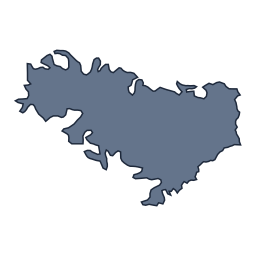 outline of Altamira do Paraná, Paraná, Brazil
{"feature_id": "56859067B67017349975974", "entity_name": "Altamira do Paraná", "entity_type": "district", "adm_level": 2, "iso_a3": "BRA", "parent_name": "Brazil", "parent_adm1": "Paraná", "projection": "albers", "projection_center": [-52.708, -24.824], "detail": "fine", "context": "isolated", "style": "filled", "palette": "slate", "viewbox_px": 256, "rotation_deg": 0, "n_neighbors": 0, "source": "geoboundaries", "source_scale": "gbopen_adm2", "svg_char_len": 4021}
<svg xmlns="http://www.w3.org/2000/svg" viewBox="0 0 256 256"><path d="M130.7,72.4L127.1,72.5L124.7,71.5L122.7,70.2L121.0,68.2L119.1,67.8L114.9,71.3L113.3,72.6L110.9,71.8L109.2,69.5L108.3,64.4L105.6,64.4L103.5,66.1L101.2,68.4L100.1,70.6L98.2,71.6L97.6,69.5L98.6,67.4L100.3,64.7L100.4,61.1L98.6,58.1L96.4,58.1L94.1,59.6L92.7,63.9L92.2,67.0L91.5,69.5L90.3,72.0L88.2,73.8L86.5,74.9L83.6,74.1L81.2,71.2L80.7,65.5L79.5,62.8L77.8,61.8L76.3,60.6L70.4,54.8L68.8,52.9L65.8,51.1L63.1,50.6L60.2,50.6L56.8,50.3L54.1,51.4L55.0,53.6L57.6,53.3L60.0,53.7L62.4,55.2L65.6,55.5L68.3,58.5L68.7,61.1L68.8,67.2L67.7,68.9L65.6,69.9L62.5,68.6L60.3,66.6L56.7,65.8L54.1,64.5L52.4,58.5L52.0,56.2L50.0,54.3L47.1,55.5L41.5,59.9L41.1,62.5L44.3,64.1L47.7,65.7L50.0,67.8L48.3,69.3L45.0,68.8L42.9,67.2L40.3,67.5L38.0,68.6L35.4,69.2L33.4,68.7L31.8,66.2L30.7,64.1L27.3,63.6L27.5,72.8L27.5,80.3L30.7,83.9L28.3,85.0L24.3,85.4L26.0,89.1L28.4,91.8L28.7,95.7L27.1,98.6L22.5,99.0L18.5,99.2L15.4,100.8L18.0,102.5L23.2,103.9L22.4,107.4L19.8,111.2L22.8,112.8L24.7,111.6L26.4,109.6L27.7,107.2L30.5,104.4L33.2,104.6L34.6,106.3L35.7,109.1L38.7,114.1L43.2,117.9L45.7,121.3L47.5,119.8L50.1,117.5L53.4,115.9L57.8,115.9L61.4,117.4L63.4,117.0L65.7,114.8L67.1,108.8L69.7,108.6L72.2,109.6L74.4,110.1L77.7,110.1L80.9,110.6L82.7,113.4L80.6,117.0L77.5,120.0L74.1,124.0L71.4,125.9L68.5,127.8L63.8,128.9L62.1,131.0L67.0,133.8L68.5,135.2L68.9,137.8L68.7,141.3L71.8,143.8L79.2,143.8L83.0,143.8L83.2,139.8L82.9,136.2L84.8,132.3L87.0,130.4L91.1,130.3L92.5,132.6L90.8,134.7L85.8,137.5L86.9,139.7L88.9,141.7L90.4,143.2L93.4,143.9L95.7,144.9L98.6,145.7L99.2,149.2L100.0,153.9L97.7,154.4L92.2,152.0L90.2,150.5L87.3,150.4L84.3,151.6L85.6,154.1L86.7,156.0L88.1,157.5L90.0,158.5L91.9,159.0L96.2,160.4L100.1,161.1L101.7,164.8L103.1,168.1L106.2,169.7L107.3,166.5L107.3,164.0L106.7,161.2L106.7,158.5L105.6,155.5L105.2,153.1L106.3,150.0L108.1,151.2L110.4,155.3L112.7,155.7L115.6,152.5L118.1,150.9L120.6,151.9L120.8,158.2L122.0,160.8L124.1,162.8L127.4,165.1L130.0,166.2L133.0,166.3L135.5,166.5L137.9,166.9L142.5,168.0L141.7,171.3L139.9,172.7L137.1,173.9L134.0,174.7L133.0,177.4L135.5,178.7L139.9,178.4L146.7,177.8L149.4,179.2L151.7,179.7L158.1,178.5L160.8,179.8L161.4,182.4L159.6,185.1L154.3,187.7L151.1,189.9L150.0,193.6L150.0,197.1L147.5,200.0L141.4,202.0L142.9,204.7L145.7,205.2L149.1,204.3L153.8,205.2L156.8,205.7L158.6,202.8L162.9,203.9L164.6,200.2L164.3,197.7L162.5,193.4L161.9,190.6L163.7,189.8L165.6,189.6L166.7,191.6L167.7,193.8L170.7,195.1L169.1,191.3L171.3,191.3L173.3,188.6L175.5,190.2L177.3,193.0L179.3,190.3L182.0,188.3L181.5,185.3L182.7,183.4L184.1,181.6L187.1,183.2L188.9,181.0L191.1,180.1L193.7,180.3L196.6,179.5L195.1,176.8L196.0,174.5L196.6,172.3L198.7,171.6L198.7,169.3L197.9,166.7L200.2,164.8L201.9,163.1L203.5,161.7L206.0,162.0L208.7,161.4L210.5,160.4L212.8,160.7L214.9,159.6L215.9,157.7L217.6,154.5L219.9,152.0L222.6,150.6L224.2,147.9L227.8,147.3L229.8,146.4L232.2,145.7L234.3,144.6L240.6,144.9L239.4,141.8L239.2,138.7L237.8,136.1L236.5,134.0L236.1,131.8L235.2,130.0L237.2,127.1L235.6,124.2L235.6,121.3L236.3,119.5L238.1,117.7L239.2,114.8L239.6,112.2L238.0,111.0L237.0,108.8L236.8,106.7L236.0,102.7L234.6,99.6L237.6,95.9L240.1,95.0L237.8,91.7L236.9,88.9L233.3,88.9L229.1,88.8L226.0,86.5L224.3,83.8L219.5,82.0L216.6,82.6L212.9,84.6L209.0,83.3L205.4,85.4L202.7,87.2L204.6,89.0L206.1,90.3L207.0,92.8L206.4,96.4L203.9,98.8L200.3,97.8L197.8,97.5L194.3,95.9L193.8,91.2L189.9,91.5L186.7,92.0L186.3,89.5L189.2,88.6L191.9,88.8L194.7,88.1L196.5,86.7L194.1,85.6L190.2,85.8L187.8,85.6L185.9,85.7L182.4,85.0L180.0,83.8L177.3,81.5L176.6,83.8L177.7,86.1L179.1,88.4L182.0,91.8L179.2,95.0L176.5,93.5L174.6,91.9L169.7,90.5L167.1,89.8L164.6,89.0L160.1,87.4L157.4,89.3L155.2,91.0L153.2,91.2L151.2,89.8L147.8,87.0L145.1,85.7L142.9,85.4L143.3,82.9L141.9,79.9L138.8,79.5L136.4,81.3L135.5,84.2L135.1,87.6L135.0,90.5L134.3,93.0L132.4,95.1L129.1,92.2L128.4,89.9L128.2,86.9L131.0,85.3L131.8,83.1L132.6,79.8L137.6,77.3L133.9,73.3L130.7,72.4Z" fill="#64748b" stroke="#1e293b" stroke-width="1.5"/></svg>